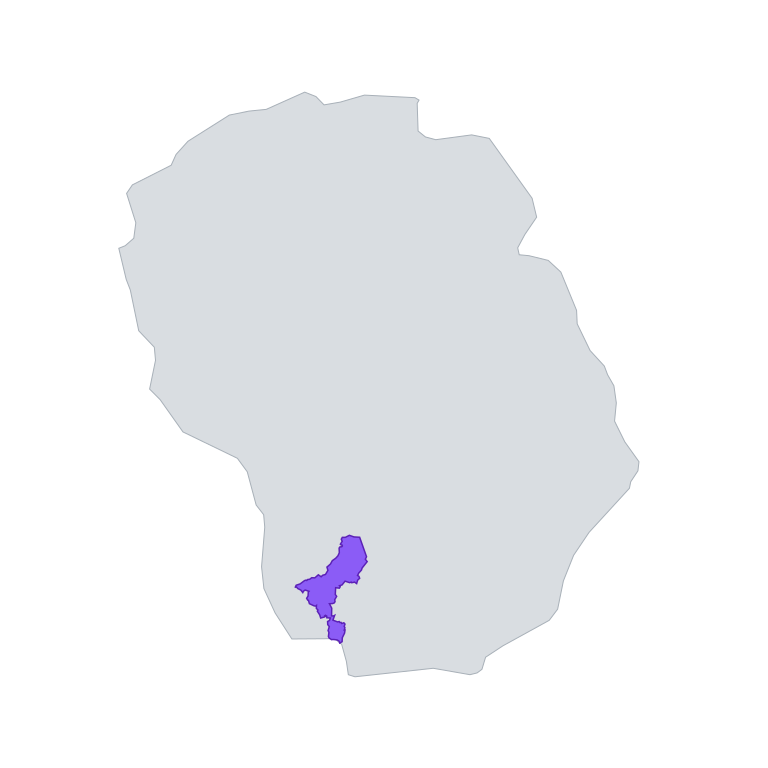 Valandovo, Valandovo, North Macedonia (highlighted), rotated 80°
{"feature_id": "65306769B91068225618475", "entity_name": "Valandovo", "entity_type": "district", "adm_level": 2, "iso_a3": "MKD", "parent_name": "North Macedonia", "parent_adm1": "Valandovo", "projection": "mercator", "projection_center": [22.574, 41.338], "detail": "fine", "context": "in_parent", "style": "filled", "palette": "violet", "viewbox_px": 768, "rotation_deg": 80, "n_neighbors": 0, "source": "geoboundaries", "source_scale": "gbopen_adm2", "svg_char_len": 2792}
<svg xmlns="http://www.w3.org/2000/svg" viewBox="0 0 768 768"><g transform="rotate(80 384 384)"><path d="M345.2,181.6L358.3,183.3L386.9,175.2L404.6,163.9L413.7,162.2L425.7,157.9L443.0,158.5L460.6,163.4L482.8,156.9L504.8,146.4L513.6,149.0L523.1,158.0L529.3,160.4L565.7,207.8L585.6,227.0L609.0,241.5L635.9,252.1L645.4,262.3L662.5,312.4L670.7,331.4L682.0,337.1L684.7,342.5L685.2,349.8L672.5,384.9L667.3,463.4L664.1,469.6L650.7,469.2L633.0,470.9L626.2,477.0L619.1,519.0L590.5,531.0L564.6,537.8L542.7,536.3L504.3,526.3L491.8,525.2L481.0,530.9L446.7,533.9L431.7,541.3L396.3,590.3L360.5,607.2L348.3,615.7L321.0,604.9L307.9,603.8L289.0,616.3L247.4,617.5L236.2,619.7L204.3,621.6L202.9,614.9L197.0,605.1L182.1,600.4L151.6,604.4L144.2,597.2L131.6,555.6L121.8,548.9L110.9,534.9L92.3,489.6L91.8,469.6L93.1,452.3L82.8,411.4L89.1,401.1L98.7,394.6L98.8,378.1L96.1,353.1L107.4,303.8L110.5,300.2L113.4,302.6L140.8,306.5L147.9,300.3L152.4,290.6L153.9,254.4L160.4,237.7L226.8,205.9L246.2,204.7L261.2,219.3L273.1,228.7L280.2,228.4L282.8,219.0L290.8,200.8L304.5,190.4L344.8,181.6L345.2,181.6Z" fill="#d9dde1" stroke="#a8b0b8" stroke-width="1"/><path d="M535.1,454.1L535.3,453.3L536.2,453.1L536.9,453.8L536.8,455.7L537.8,456.7L542.4,457.3L545.2,459.2L547.2,461.8L549.0,465.6L552.0,468.0L554.4,472.0L557.8,471.6L561.4,474.7L561.7,477.6L562.9,479.4L560.5,481.8L562.9,485.8L562.2,488.8L563.4,491.1L563.3,493.2L564.1,494.2L563.6,494.9L563.8,496.4L566.3,501.3L566.9,505.4L569.2,507.0L568.4,506.2L568.7,505.5L570.5,504.4L572.5,501.7L575.3,500.2L574.0,499.2L573.2,497.4L575.1,493.9L575.7,494.7L579.6,495.6L581.6,497.4L583.6,496.7L583.9,496.0L587.4,495.6L590.4,491.3L590.9,489.6L590.5,489.0L593.2,489.6L595.1,488.3L596.2,489.1L600.2,487.4L603.5,487.0L603.1,483.1L602.7,482.1L602.0,482.6L601.6,481.9L602.6,480.7L604.3,480.9L605.1,477.5L607.4,478.7L608.1,480.8L611.2,481.2L613.4,480.0L617.1,481.9L619.1,481.4L623.0,482.6L624.5,482.2L626.7,480.0L626.7,478.7L627.0,477.6L627.1,477.2L627.6,475.5L627.8,474.9L627.9,474.6L628.3,474.2L629.0,473.3L629.3,473.0L631.2,472.6L632.1,472.6L631.3,472.3L630.5,470.0L626.6,469.1L622.5,466.1L619.5,465.1L619.4,465.9L617.2,464.8L615.8,465.3L613.7,464.1L612.2,465.0L612.5,467.2L611.3,467.7L611.3,468.8L610.1,469.4L610.3,470.9L607.7,475.3L603.3,472.8L603.7,474.0L603.2,475.9L595.7,474.4L590.9,475.9L591.3,472.7L590.9,470.9L589.8,470.0L587.9,470.0L584.9,467.5L582.8,468.5L576.2,467.0L577.3,463.4L576.0,462.3L574.9,462.9L574.6,460.2L571.4,456.6L573.7,452.3L573.4,450.7L574.1,450.3L574.0,447.4L575.8,445.6L572.6,444.0L571.1,441.7L569.0,442.1L568.0,443.3L565.8,441.7L563.3,438.5L561.4,437.5L556.0,431.4L553.3,432.8L551.1,431.2L530.7,434.6L529.4,440.1L527.0,444.4L528.3,448.7L527.8,451.7L529.4,453.0L531.7,452.5L534.2,454.8L535.1,454.1Z" fill="#8b5cf6" stroke="#5b21b6" stroke-width="1.5"/></g></svg>